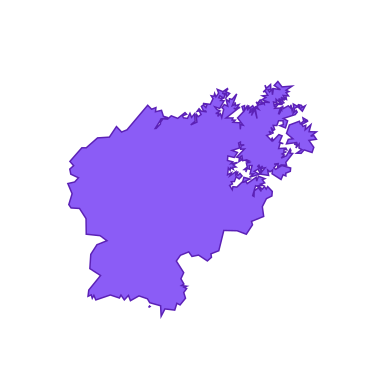 La Chorrera, Panama, rotated 63°
{"feature_id": "35544464B93152851867893", "entity_name": "La Chorrera", "entity_type": "district", "adm_level": 2, "iso_a3": "PAN", "parent_name": "Panama", "parent_adm1": "", "projection": "orthographic", "projection_center": [-79.87, 8.978], "detail": "fine", "context": "isolated", "style": "filled", "palette": "violet", "viewbox_px": 384, "rotation_deg": 63, "n_neighbors": 0, "source": "geoboundaries", "source_scale": "gbopen_adm2", "svg_char_len": 5990}
<svg xmlns="http://www.w3.org/2000/svg" viewBox="0 0 384 384"><g transform="rotate(63 192 192)"><path d="M94.6,192.1L107.1,221.7L106.6,227.5L99.4,229.6L105.6,240.7L100.9,251.6L104.6,266.2L102.6,270.1L109.3,286.9L114.8,285.5L116.1,290.5L121.1,291.9L127.8,286.7L129.8,292.0L128.1,298.8L139.1,299.6L147.3,307.5L151.3,307.0L155.6,299.7L167.6,298.5L181.6,305.4L189.2,293.7L196.8,289.9L195.8,300.6L201.6,310.5L213.9,317.8L224.9,311.4L232.5,328.5L237.7,332.0L237.9,328.5L241.4,329.1L239.6,326.4L244.5,326.7L246.7,311.5L253.5,304.8L251.6,302.1L257.4,301.3L255.3,295.6L260.9,296.2L260.5,286.4L266.9,280.2L271.5,279.9L279.1,271.6L288.7,275.9L283.9,269.2L289.4,261.0L284.3,256.0L287.2,253.9L283.7,246.0L277.8,245.0L275.6,240.6L273.3,242.3L273.5,239.6L270.6,243.8L270.3,241.0L264.3,241.3L260.1,236.0L246.4,237.3L243.1,231.0L243.9,222.1L249.4,221.3L251.2,214.8L260.4,209.6L259.0,204.3L255.7,203.2L256.5,194.8L240.7,181.1L247.0,169.4L254.3,162.8L248.7,153.0L245.2,152.3L246.3,139.2L237.0,136.0L231.7,128.7L231.8,122.6L227.9,120.2L221.5,122.1L223.1,124.6L219.9,125.0L221.4,127.9L219.2,129.0L222.9,130.1L218.3,130.8L219.3,136.1L224.1,138.8L222.8,139.6L215.3,132.5L218.8,129.2L216.6,130.1L218.4,125.8L216.1,127.5L216.9,123.1L213.0,123.8L213.2,121.0L208.1,125.7L211.7,129.4L208.0,128.1L209.6,139.0L207.2,139.1L206.4,142.8L206.8,134.4L202.5,139.1L205.7,142.1L208.0,149.8L205.8,153.1L208.3,155.1L203.2,155.5L203.2,152.3L200.7,152.3L201.9,149.5L198.5,145.7L201.8,144.1L200.4,140.1L197.2,140.8L198.0,143.4L197.0,144.4L194.7,141.5L196.2,145.0L193.8,143.5L194.8,150.9L192.7,148.1L192.8,152.5L187.1,148.7L190.0,148.2L187.9,146.6L190.5,144.9L188.4,144.7L189.7,141.4L186.5,143.0L186.4,137.9L184.4,144.5L183.6,142.0L180.0,146.1L176.2,143.7L180.4,138.7L177.4,133.5L173.1,137.5L174.4,129.6L169.5,128.3L169.5,126.2L172.0,127.5L173.7,124.0L173.1,127.3L176.0,129.2L177.5,125.7L181.2,136.4L183.1,134.2L186.2,136.4L186.0,133.7L182.5,133.0L182.4,131.1L187.1,132.6L188.1,128.7L190.2,127.1L189.4,129.3L191.7,127.7L190.8,130.4L194.9,131.4L195.7,135.4L197.1,133.3L198.7,135.1L196.1,132.2L197.8,130.4L194.4,129.0L195.7,126.5L202.3,132.1L203.7,129.0L205.0,134.0L206.7,124.1L201.8,127.2L201.6,122.7L205.7,122.9L204.4,121.8L204.7,120.0L199.0,121.8L198.5,120.2L202.0,120.3L200.7,117.3L202.4,119.6L203.0,119.1L202.8,118.2L203.6,115.8L206.9,123.3L212.0,116.2L206.7,114.6L209.4,113.4L209.0,110.3L212.1,112.4L221.3,107.0L218.0,103.0L220.3,101.1L217.8,99.9L218.2,95.0L215.4,93.2L209.2,99.9L209.8,107.2L207.7,108.1L205.6,103.4L204.4,106.3L205.8,102.3L208.8,104.5L208.3,100.2L211.1,95.6L208.2,95.0L203.4,84.8L201.9,87.0L199.8,85.0L198.3,85.0L202.6,91.4L202.3,97.1L200.8,93.0L199.0,94.4L198.9,89.5L198.5,92.2L195.7,90.5L197.4,88.4L195.5,88.4L192.6,95.1L188.4,91.2L190.4,88.7L187.3,91.6L182.9,86.2L180.3,88.5L183.0,96.3L180.4,96.1L181.0,97.2L182.2,96.9L182.8,97.6L175.5,99.8L176.2,95.5L172.8,95.8L176.2,93.7L176.2,92.9L170.2,92.3L174.0,91.4L173.9,90.0L169.5,89.4L171.3,86.3L167.8,82.5L169.9,78.6L173.4,80.0L172.8,83.5L177.3,79.6L172.0,74.5L167.9,77.3L169.9,64.9L168.6,62.0L166.6,62.1L167.6,65.8L163.9,62.2L164.2,59.0L170.1,57.0L166.6,52.0L166.7,57.3L166.5,54.9L164.4,55.2L162.5,57.5L163.0,58.4L164.4,57.2L165.4,57.9L159.6,61.8L162.2,62.8L165.1,65.9L159.2,64.3L161.8,66.0L158.9,67.1L159.1,73.1L157.1,72.3L157.1,74.3L159.9,75.1L159.1,75.6L160.7,76.8L162.0,78.8L161.5,79.3L157.3,75.1L155.0,80.3L153.0,75.5L154.8,72.3L153.3,72.6L151.8,78.2L153.6,79.9L148.8,78.5L151.5,75.7L149.7,75.9L147.6,75.0L152.1,73.3L148.1,72.2L154.1,71.8L154.2,69.6L149.8,70.7L152.2,67.7L148.0,69.8L152.5,65.8L150.0,65.1L150.5,66.7L147.4,66.9L150.2,62.4L146.1,63.0L146.5,60.1L144.0,62.0L143.1,54.7L139.2,64.1L132.5,65.3L134.4,70.4L141.0,66.7L136.8,72.5L141.9,76.2L136.9,74.1L138.1,77.5L135.5,77.9L136.3,75.1L131.9,73.2L133.3,78.5L129.9,78.5L134.1,79.2L135.2,83.2L135.5,81.0L140.2,80.6L138.3,85.6L141.3,83.4L141.5,87.7L147.6,82.1L144.7,86.9L146.6,87.7L140.9,89.5L142.2,92.2L144.3,89.9L145.5,89.6L144.9,92.1L140.9,93.9L145.0,93.9L144.9,97.1L145.6,95.5L148.6,95.0L145.5,97.5L156.1,100.7L146.9,98.7L150.9,104.4L146.6,99.8L146.2,101.2L147.5,103.3L147.4,104.6L144.9,102.4L145.6,98.8L142.7,98.7L143.5,103.0L140.4,102.2L144.7,105.4L140.6,104.1L143.0,108.0L138.9,106.0L138.6,108.7L143.8,109.6L146.7,117.8L155.7,116.1L154.1,118.0L158.1,120.5L152.1,117.9L148.5,123.8L147.6,120.9L146.0,123.6L144.6,121.9L141.5,128.0L138.9,114.9L136.3,116.8L138.6,113.6L138.4,110.7L137.2,113.5L135.4,110.5L134.8,114.2L131.8,112.7L133.4,114.5L133.4,117.0L124.9,107.6L127.7,114.2L125.9,116.3L128.4,118.0L124.7,119.5L131.8,121.2L128.7,123.6L130.5,127.0L132.7,126.2L139.2,131.7L135.1,131.1L136.3,134.8L133.9,132.4L132.9,135.3L132.5,130.2L129.7,132.5L126.5,133.0L130.1,129.4L125.3,122.0L123.5,124.9L122.6,122.5L120.2,125.4L118.8,123.5L122.9,121.1L120.0,118.4L117.6,120.3L119.8,116.8L123.1,118.4L121.3,113.7L117.8,116.4L116.6,113.5L115.9,113.5L116.6,118.9L112.0,122.9L116.0,123.4L118.1,127.5L114.5,127.1L116.7,129.0L115.0,131.2L118.4,130.9L122.2,135.9L118.0,142.0L121.4,139.4L123.1,141.3L119.6,142.5L120.0,144.8L125.0,144.9L125.8,143.2L126.5,142.9L126.9,143.1L124.2,147.0L121.0,147.9L122.5,150.9L122.9,148.8L127.1,148.7L127.7,152.4L123.9,152.8L132.0,155.9L131.6,162.7L130.3,157.0L123.5,154.3L125.3,158.5L121.0,158.1L124.3,162.6L122.1,165.9L119.8,166.0L120.3,161.5L118.1,162.2L119.9,171.3L114.7,175.9L116.0,180.6L113.6,184.7L115.2,187.7L114.0,187.0L113.5,187.2L117.1,189.3L119.1,195.1L118.7,196.0L112.9,186.2L114.9,179.6L111.5,183.1L105.4,182.1L103.9,188.1L100.4,185.8L99.9,190.4L94.6,192.1ZM194.9,53.9L191.4,60.3L186.0,55.5L187.9,62.9L184.2,60.3L184.0,63.4L181.7,63.5L181.4,56.3L179.9,59.9L180.0,57.1L176.3,59.5L179.5,60.4L180.4,64.5L177.7,64.2L176.5,74.8L182.7,81.2L190.4,77.9L188.8,82.3L192.0,86.0L195.4,76.3L197.3,76.7L195.7,79.2L198.0,77.3L199.9,79.5L197.9,74.8L201.4,76.7L204.1,74.9L204.9,81.2L207.1,77.2L205.4,73.0L211.3,67.1L207.5,63.2L199.1,64.4L201.5,57.2L197.1,57.8L196.2,61.0L194.9,53.9ZM275.1,283.0L275.0,281.3L274.3,281.6L275.1,283.0Z" fill="#8b5cf6" stroke="#5b21b6" stroke-width="1.5"/></g></svg>